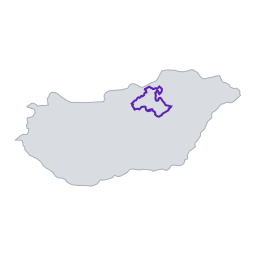 Heves highlighted on a map of Hungary
{"feature_id": "HUN-3174", "entity_name": "Heves", "entity_type": "County", "adm_level": 1, "iso_a3": "HUN", "parent_name": "Hungary", "parent_adm1": "", "projection": "robinson", "projection_center": [20.209, 47.788], "detail": "fine", "context": "in_parent", "style": "outline", "palette": "violet", "viewbox_px": 256, "rotation_deg": 0, "n_neighbors": 0, "source": "natural_earth", "source_scale": "10m", "svg_char_len": 4071}
<svg xmlns="http://www.w3.org/2000/svg" viewBox="0 0 256 256"><path d="M215.8,76.0L219.0,75.7L219.8,75.9L220.4,77.8L220.5,78.0L221.2,79.2L222.0,80.9L223.1,82.2L225.5,82.7L228.7,84.3L230.8,87.3L233.9,88.5L234.2,88.5L234.8,88.4L237.0,88.3L237.4,88.9L239.2,90.3L240.0,91.6L239.6,93.0L240.0,94.5L240.6,95.0L239.8,96.0L234.1,101.2L231.9,102.5L230.4,102.8L228.0,102.3L225.5,102.7L223.4,103.8L221.4,104.1L219.8,105.4L217.9,108.2L215.5,110.6L213.1,112.1L211.8,113.4L211.7,117.9L210.4,119.2L208.5,120.6L207.6,121.7L204.8,128.6L202.7,130.8L200.7,132.5L200.4,134.1L200.5,135.9L198.2,139.4L195.2,143.1L194.7,144.6L195.4,146.6L192.5,149.0L190.9,150.1L189.5,150.7L188.6,152.1L187.2,155.7L187.6,157.3L187.7,158.8L185.2,159.6L184.5,161.3L183.9,163.3L182.9,164.2L180.2,165.8L173.4,165.1L170.9,165.7L170.1,166.9L169.9,167.8L169.1,168.7L167.5,169.9L166.0,170.4L162.4,169.0L154.8,170.4L153.5,171.4L152.5,170.7L150.8,170.0L143.2,169.2L140.2,169.8L136.2,169.6L132.5,168.9L129.7,169.5L127.3,172.3L126.1,173.2L125.1,173.8L123.0,174.7L121.3,175.8L118.9,176.5L116.8,176.4L114.9,175.2L114.2,175.5L113.5,176.6L112.5,177.6L109.5,178.7L108.8,178.7L108.6,178.7L106.3,179.6L102.6,180.1L100.7,179.7L97.3,183.7L96.2,184.4L93.0,185.6L90.4,186.2L88.1,185.7L87.2,185.6L77.1,185.4L71.9,184.6L68.5,183.1L66.3,181.4L65.2,179.5L62.7,178.3L58.5,177.9L55.4,176.1L53.1,172.7L50.1,170.1L46.2,168.1L43.1,165.4L40.9,161.8L36.8,158.6L30.9,155.8L29.2,155.1L28.8,154.2L26.0,150.7L24.8,149.4L24.9,147.6L24.4,146.6L23.3,145.9L22.8,143.4L22.5,141.5L21.7,140.3L15.4,140.0L20.8,135.5L23.4,134.3L26.5,134.5L27.5,134.1L27.7,133.4L28.3,132.0L28.6,130.6L28.9,129.3L28.6,128.5L27.1,128.3L26.4,125.1L27.2,123.9L28.0,123.0L27.1,119.1L27.4,117.8L29.8,117.6L31.8,116.7L33.5,115.8L33.9,114.6L35.3,112.1L34.1,109.1L27.3,107.1L26.9,106.4L28.6,105.5L30.3,104.3L31.3,103.3L32.6,103.2L34.5,103.7L37.8,105.9L39.0,106.2L40.3,105.5L41.6,105.4L45.2,105.5L48.3,105.0L47.7,102.6L47.7,100.9L47.2,99.6L47.6,98.1L48.8,96.9L49.3,94.3L51.2,92.6L52.1,92.3L55.5,92.6L56.3,93.1L56.8,93.2L62.2,97.5L67.2,100.7L71.4,102.4L77.6,102.5L84.1,102.7L95.1,102.1L103.3,101.7L103.8,100.9L105.1,98.9L104.1,97.3L104.2,95.3L105.6,92.8L109.6,90.7L121.2,89.8L127.9,88.2L128.9,86.1L131.1,84.0L133.2,83.6L135.9,84.5L139.2,86.4L142.2,87.4L143.9,86.7L149.8,83.6L156.5,80.6L161.2,72.3L161.7,70.9L166.7,70.0L174.1,70.2L177.9,71.2L180.7,71.8L185.0,71.6L191.1,69.8L193.3,69.9L195.1,71.2L197.0,72.2L198.4,73.6L199.4,75.4L199.9,76.2L200.8,77.1L202.3,78.4L203.8,78.8L215.2,76.5L215.8,76.0Z" fill="#d9dde1" stroke="#a8b0b8" stroke-width="1"/><path d="M171.1,106.4L170.9,106.7L170.8,107.1L170.3,107.7L169.4,108.0L169.0,108.3L169.2,108.8L169.1,109.0L168.8,109.3L168.5,109.4L168.5,109.6L168.3,110.4L162.5,113.7L162.2,114.1L162.0,114.9L161.6,115.3L160.4,115.6L160.2,115.8L159.8,116.3L159.5,116.5L158.6,116.7L157.9,116.5L156.0,115.4L155.4,114.8L155.0,114.1L155.3,113.2L154.7,111.8L153.4,111.3L152.8,110.5L152.4,109.5L152.0,109.2L148.9,109.9L149.2,110.5L149.7,110.8L148.1,111.2L146.3,110.2L145.7,108.6L145.5,106.9L144.2,106.5L142.6,106.9L141.8,106.8L141.3,107.2L139.5,109.3L139.1,109.3L138.3,108.8L136.5,108.9L134.7,109.6L134.2,109.1L134.2,108.4L133.3,107.1L132.7,106.5L132.3,105.7L132.7,105.2L132.9,104.6L132.5,104.6L132.1,104.4L131.6,103.7L134.7,100.6L136.0,100.3L137.7,97.8L138.6,97.3L139.7,97.8L140.5,97.3L140.8,96.6L141.3,95.9L141.9,95.9L142.3,96.3L143.2,95.8L144.1,95.1L144.2,94.1L144.6,93.1L145.4,92.5L146.4,92.4L146.2,91.0L145.5,89.9L145.1,89.7L144.8,89.5L145.0,88.9L145.5,88.7L146.4,88.5L147.2,87.8L148.1,87.4L148.3,87.1L148.7,87.0L149.4,86.7L150.2,87.3L150.8,87.9L151.4,87.9L151.8,88.0L152.3,88.6L152.8,89.0L154.0,89.0L154.9,88.3L156.1,88.2L157.2,88.9L159.3,86.5L161.1,88.1L161.7,88.6L161.9,89.6L161.8,90.5L161.3,92.2L159.9,93.5L159.5,94.1L158.6,93.2L158.6,92.0L158.2,91.2L156.7,90.9L156.2,92.4L155.3,92.8L155.5,94.1L155.9,95.7L155.5,97.4L155.5,99.1L156.3,100.7L157.7,100.7L158.5,99.9L158.5,98.7L159.2,98.0L160.3,97.8L160.6,98.1L160.9,98.3L163.0,101.5L164.5,103.0L165.0,104.3L165.7,105.2L169.3,105.9L170.1,106.3L171.1,106.4Z" fill="none" stroke="#5b21b6" stroke-width="2"/></svg>